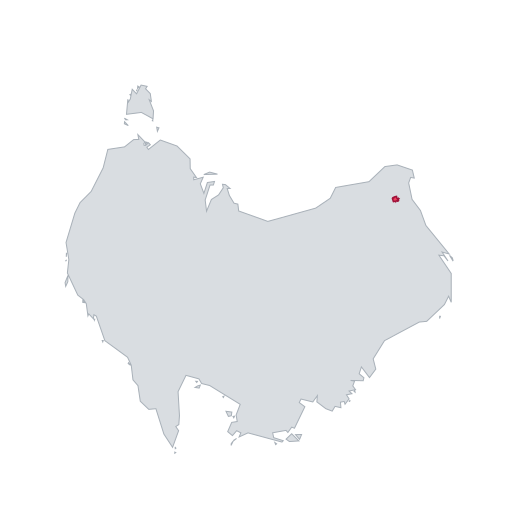 Quairading, Western Australia, Australia (highlighted), rotated 169°
{"feature_id": "25037944B17943761568072", "entity_name": "Quairading", "entity_type": "district", "adm_level": 2, "iso_a3": "AUS", "parent_name": "Australia", "parent_adm1": "Western Australia", "projection": "orthographic", "projection_center": [117.41, -32.015], "detail": "fine", "context": "in_parent", "style": "filled", "palette": "rose", "viewbox_px": 512, "rotation_deg": 169, "n_neighbors": 0, "source": "geoboundaries", "source_scale": "gbopen_adm2", "svg_char_len": 5016}
<svg xmlns="http://www.w3.org/2000/svg" viewBox="0 0 512 512"><g transform="rotate(169 256 256)"><path d="M380.4,98.8L383.4,125.2L390.5,125.9L397.3,135.5L396.6,151.3L400.4,157.9L399.3,172.6L401.4,181.1L420.5,201.7L424.2,227.4L426.3,229.3L427.6,225.4L431.2,231.1L432.4,229.3L431.7,241.6L433.5,246.0L438.4,251.6L444.4,275.3L440.4,288.2L439.9,305.5L425.6,332.7L418.5,342.0L405.5,350.8L389.2,371.7L381.1,388.9L364.2,388.2L353.9,393.6L348.8,392.8L348.8,397.7L343.2,389.0L344.7,387.8L344.7,386.0L343.3,385.6L339.9,387.7L338.5,385.4L342.4,383.6L341.3,381.1L327.8,388.1L312.5,379.0L302.2,363.9L303.9,354.3L299.5,344.4L302.1,345.3L302.6,342.7L292.8,343.4L296.9,337.5L295.2,327.4L289.7,337.4L282.5,337.1L284.3,333.8L287.6,334.4L295.2,320.7L296.0,309.4L289.0,320.0L281.1,323.1L275.1,329.2L275.2,332.8L272.4,331.9L268.6,327.2L271.4,327.7L270.6,320.5L267.5,312.0L263.9,310.4L264.4,303.5L237.8,287.7L188.3,291.6L172.1,298.5L164.7,308.1L130.9,307.4L112.4,319.2L100.1,318.5L86.1,310.5L85.8,302.3L89.2,303.6L92.2,298.6L92.0,281.8L85.9,269.3L83.4,253.5L66.0,221.1L72.6,224.4L68.5,214.5L71.4,220.3L76.3,221.9L67.7,201.6L73.2,173.3L74.6,179.8L80.3,172.4L100.9,159.3L108.3,160.0L146.0,148.4L160.6,132.7L160.0,122.1L167.8,115.0L173.7,127.0L177.2,120.7L173.3,115.9L174.6,113.1L186.9,115.8L183.1,114.4L185.8,110.0L183.8,105.8L190.4,105.7L188.1,102.5L193.7,102.5L191.9,98.0L196.9,93.5L197.2,96.4L201.0,96.4L201.6,90.9L207.1,93.3L210.8,89.2L216.6,92.8L224.1,101.2L222.4,107.2L228.1,101.9L239.1,107.0L241.5,103.9L236.8,98.7L251.1,79.6L253.6,81.2L258.4,76.7L259.8,79.1L273.4,79.3L273.3,74.3L264.5,69.5L266.0,68.4L297.6,83.9L307.1,81.6L304.6,85.3L308.3,88.2L313.4,84.2L317.3,89.0L311.6,97.3L306.0,97.1L305.8,103.8L299.8,113.4L326.2,137.7L333.7,141.2L335.5,146.3L347.5,152.2L358.4,137.7L361.6,113.9L363.9,105.3L367.3,103.9L365.3,99.3L374.4,84.1L380.4,98.8ZM330.9,410.3L341.1,418.8L356.1,419.8L351.9,434.3L351.9,431.5L349.4,434.1L345.7,443.3L342.3,438.0L336.2,445.7L330.5,443.3L332.5,441.2L328.8,435.6L329.2,427.7L331.0,429.7L328.9,418.0L330.9,410.3ZM249.2,66.3L258.6,67.5L261.4,70.5L254.9,74.7L249.2,66.3ZM278.2,343.7L291.7,345.9L285.5,347.2L278.2,343.7ZM313.7,103.8L315.1,109.3L309.5,107.4L310.7,103.9L313.7,103.8ZM444.3,272.8L445.6,266.7L448.6,262.5L448.5,266.3L444.3,272.8ZM356.5,408.4L360.0,410.9L359.4,412.9L356.5,408.4ZM248.2,67.7L251.3,73.1L245.3,72.1L248.2,67.7ZM328.9,401.4L326.8,400.3L329.0,397.2L328.9,401.4ZM340.9,138.6L338.1,139.6L335.3,139.9L337.0,137.2L340.9,138.6ZM65.9,219.7L63.6,216.7L63.4,214.0L63.7,213.8L65.9,219.7ZM357.9,414.5L358.9,416.4L356.4,414.3L357.9,414.5ZM433.1,242.9L434.9,243.5L434.3,246.1L433.1,242.9ZM400.0,172.6L402.0,174.8L401.5,175.6L400.0,172.6ZM340.3,443.1L339.6,445.4L338.5,444.3L340.3,443.1ZM442.4,291.4L441.6,294.8L441.4,294.6L442.4,291.4ZM273.1,69.3L271.6,67.7L272.7,67.1L273.1,69.3ZM316.1,76.6L313.7,78.7L316.6,74.8L316.1,76.6ZM443.7,287.6L442.6,288.4L443.5,287.5L443.7,287.6ZM315.5,124.2L314.2,124.5L315.0,123.3L315.5,124.2ZM309.2,102.9L307.6,102.9L308.7,101.4L309.2,102.9ZM87.7,159.6L87.2,161.8L86.5,161.6L87.7,159.6ZM372.0,82.3L371.8,84.0L371.3,82.6L372.0,82.3ZM343.1,386.4L343.1,387.6L342.7,387.2L343.1,386.4ZM313.0,79.4L309.9,80.6L313.2,78.9L313.0,79.4ZM192.2,95.5L191.1,96.6L191.8,95.3L192.2,95.5ZM341.7,441.6L340.8,441.9L341.6,441.1L341.7,441.6ZM339.0,144.5L337.4,144.1L338.3,143.2L339.0,144.5ZM185.6,104.4L184.7,105.1L184.7,103.4L185.6,104.4ZM349.0,438.5L347.7,438.8L348.5,437.6L349.0,438.5ZM373.4,77.9L373.1,79.0L372.3,78.3L373.4,77.9ZM342.0,387.8L342.8,389.1L341.1,388.3L342.0,387.8ZM423.1,202.4L422.1,202.2L422.8,200.9L423.1,202.4ZM426.9,224.9L426.3,224.7L426.9,223.8L426.9,224.9ZM332.0,408.6L331.4,409.4L331.5,408.3L332.0,408.6Z" fill="#d9dde1" stroke="#a8b0b8" stroke-width="1"/><path d="M106.7,287.7L106.9,287.7L107.0,287.7L107.4,287.7L107.6,287.6L107.8,287.6L108.0,287.7L108.3,287.6L108.5,287.6L108.5,287.4L108.8,287.4L109.0,287.3L109.3,287.4L109.6,287.4L109.9,287.3L109.9,287.2L110.2,287.2L110.3,287.2L110.5,287.0L110.4,286.9L110.7,286.9L110.8,286.9L110.9,286.7L110.7,286.5L110.7,286.3L110.8,286.3L110.8,286.2L111.1,286.2L111.1,285.9L111.0,285.5L111.0,285.2L111.0,284.9L110.9,284.8L110.9,284.6L110.8,284.4L110.8,284.2L110.8,283.9L110.8,283.7L110.8,283.4L110.8,283.2L110.7,283.1L110.4,283.1L110.2,283.1L109.9,283.2L109.6,283.2L109.6,283.3L109.4,283.3L109.1,283.3L109.0,283.2L108.9,283.2L108.7,283.2L108.4,283.0L108.2,283.0L108.2,282.9L108.1,283.0L107.5,283.3L107.4,283.4L107.2,283.5L107.1,283.4L106.9,283.3L106.8,283.2L106.7,283.2L106.6,282.8L106.2,282.8L105.9,282.9L105.9,283.0L105.7,283.1L105.8,283.2L105.8,283.3L105.9,283.5L105.7,283.6L105.6,283.8L105.7,284.1L105.8,284.1L105.7,284.2L105.4,284.3L105.4,284.5L105.2,284.7L105.3,284.7L105.2,284.8L105.3,284.8L105.5,284.9L105.5,285.0L105.6,284.9L105.8,284.9L105.8,285.0L106.0,285.0L106.3,285.2L106.3,285.3L106.4,285.5L106.5,285.5L106.7,285.9L106.6,286.0L106.6,286.3L106.7,286.5L106.7,286.8L106.7,287.0L106.8,287.1L106.7,287.1L106.7,287.3L106.8,287.5L106.7,287.5L106.7,287.7Z" fill="#f43f5e" stroke="#9f1239" stroke-width="1.5"/></g></svg>